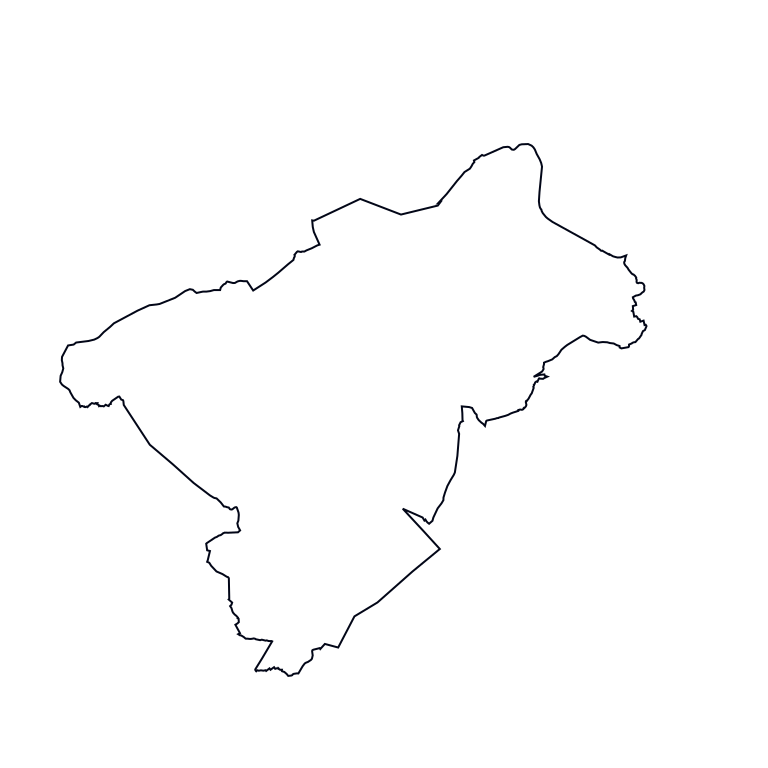 Ecuandureo, Michoacán, Mexico (Albers equal-area conic projection), rotated 148°
{"feature_id": "50627088B9603081712200", "entity_name": "Ecuandureo", "entity_type": "district", "adm_level": 2, "iso_a3": "MEX", "parent_name": "Mexico", "parent_adm1": "Michoacán", "projection": "albers", "projection_center": [-102.25, 20.161], "detail": "fine", "context": "isolated", "style": "outline", "palette": "ink", "viewbox_px": 768, "rotation_deg": 148, "n_neighbors": 0, "source": "geoboundaries", "source_scale": "gbopen_adm2", "svg_char_len": 6166}
<svg xmlns="http://www.w3.org/2000/svg" viewBox="0 0 768 768"><g transform="rotate(148 384 384)"><path d="M631.5,584.1L642.7,577.6L644.6,574.9L645.6,572.1L646.7,570.2L647.7,567.2L650.6,564.5L653.9,562.3L657.5,557.5L657.4,554.2L656.7,552.1L654.4,547.1L654.0,545.3L654.4,543.2L654.7,536.8L654.0,533.5L652.7,529.9L653.7,525.5L652.1,525.6L651.3,525.0L650.3,523.4L650.0,523.5L649.9,523.1L649.1,522.4L648.1,522.4L647.4,522.0L647.4,521.6L645.6,522.1L644.6,522.1L644.4,522.4L641.8,522.6L640.2,520.8L639.4,520.4L638.8,520.7L637.1,519.6L638.0,518.8L637.2,517.6L637.4,516.2L636.5,516.2L636.1,515.4L634.3,514.4L633.5,513.5L631.0,513.9L629.7,511.7L629.2,511.2L627.9,512.1L627.1,512.2L626.2,511.9L626.1,512.3L625.4,513.1L623.4,513.8L616.2,514.1L615.1,513.6L615.1,510.1L613.9,508.5L614.1,507.6L615.8,504.1L614.8,456.6L605.6,427.7L597.9,401.0L590.6,381.7L588.8,378.1L588.2,377.2L586.6,375.7L585.2,370.0L584.7,365.0L583.3,363.9L582.4,362.7L581.1,361.5L581.0,359.5L580.1,358.5L579.1,358.1L576.6,358.4L575.5,358.3L574.5,357.8L574.3,357.2L575.5,352.0L576.5,349.9L579.9,345.3L582.2,343.6L583.4,340.1L583.6,336.1L586.4,335.6L594.9,340.4L597.9,342.4L599.8,342.7L600.4,342.5L602.6,342.4L604.5,343.0L606.8,342.9L608.7,343.3L618.2,343.0L619.4,342.8L622.1,336.7L620.1,334.6L626.8,328.0L628.2,326.9L626.9,325.0L626.9,321.4L625.4,313.8L621.7,308.4L619.5,303.9L618.6,302.8L618.5,301.5L628.9,284.1L629.4,283.7L629.9,283.6L628.6,279.1L630.4,277.6L632.2,277.2L632.1,274.8L633.0,271.6L633.2,270.2L632.8,267.7L632.1,265.7L631.7,263.3L632.2,262.9L631.8,262.5L631.7,262.0L633.3,259.0L635.2,258.6L637.6,258.6L638.2,249.0L640.2,249.1L639.3,247.2L638.4,246.5L637.0,243.7L636.3,241.4L634.9,240.5L632.9,238.9L631.5,238.1L629.2,237.2L628.2,236.1L628.0,235.5L624.8,232.4L623.1,231.9L620.4,229.1L619.3,228.7L618.1,227.2L615.5,225.5L615.2,225.0L633.0,215.8L644.4,210.2L644.7,209.6L644.7,208.5L644.6,208.1L643.2,208.4L642.1,207.2L640.1,206.4L638.2,204.8L636.1,204.0L636.0,203.1L631.8,203.5L631.7,201.8L627.3,202.1L627.2,200.1L625.8,199.8L624.8,199.1L624.3,199.3L624.1,198.6L624.3,198.2L623.6,196.8L622.0,195.8L622.6,195.2L622.7,194.5L621.1,192.6L620.2,189.6L619.9,187.2L617.2,185.9L616.1,185.7L615.3,186.1L614.1,186.0L611.3,184.8L610.0,183.9L602.5,187.8L599.3,189.0L597.8,189.0L595.8,188.6L592.2,188.7L590.7,189.2L588.3,191.6L586.5,195.6L585.7,196.2L584.7,196.1L578.5,194.1L578.5,193.0L571.9,194.9L562.5,184.8L532.2,202.6L505.3,202.2L459.2,209.9L424.1,214.5L428.4,238.1L434.2,268.3L422.0,250.3L422.1,246.8L420.7,247.1L420.7,246.3L420.9,246.2L420.5,243.5L419.8,241.6L415.4,242.3L412.9,244.6L404.4,250.1L398.5,252.3L395.2,254.0L393.7,256.2L389.8,259.6L384.3,263.9L378.5,267.2L372.9,270.0L370.8,271.4L359.9,284.1L346.7,301.9L345.8,305.5L342.4,308.4L342.2,309.2L339.3,311.0L336.7,310.7L336.6,311.7L333.0,317.8L329.9,323.8L324.0,319.3L322.0,317.0L322.3,311.3L321.7,309.1L321.8,308.7L322.7,306.9L322.9,305.9L322.8,303.1L321.9,299.7L321.0,297.5L320.6,294.9L317.0,298.4L316.1,298.5L307.8,295.5L306.6,295.3L304.9,294.5L304.3,294.6L298.0,292.7L294.9,292.0L292.5,291.9L289.8,291.4L285.6,290.3L285.2,290.4L284.4,290.0L283.8,290.8L282.9,290.3L282.2,290.3L280.7,289.0L279.3,288.8L278.6,289.4L278.0,289.6L277.7,289.2L275.6,289.8L274.3,290.8L273.3,293.6L272.5,294.3L272.1,294.3L272.0,293.9L269.1,295.0L265.1,297.3L263.8,297.7L259.1,301.4L258.9,302.5L257.5,303.3L257.3,304.0L256.2,304.2L255.0,305.2L253.3,305.4L252.7,304.6L249.7,306.6L249.1,306.4L248.9,305.9L246.4,304.1L244.8,304.1L241.6,303.7L243.3,305.8L242.9,307.1L247.1,309.2L249.3,309.6L253.3,310.8L243.3,310.8L240.9,312.0L240.3,312.9L240.1,313.9L237.8,316.0L237.0,317.3L234.8,317.0L233.0,316.5L228.3,315.7L225.0,316.3L222.7,316.1L220.3,316.8L215.4,319.0L211.0,319.7L207.9,320.0L193.0,319.9L189.8,319.7L188.6,318.6L187.7,317.1L185.8,312.2L180.4,305.6L176.3,303.7L172.6,301.1L170.7,299.0L167.7,296.6L166.0,293.6L164.1,291.4L164.8,290.1L163.8,288.4L157.1,285.7L156.1,286.3L155.3,287.6L152.3,287.1L151.5,287.3L149.8,286.9L148.6,286.3L144.8,287.5L143.6,287.5L139.6,289.2L139.0,289.9L136.4,291.6L134.2,291.5L130.8,293.9L130.6,294.5L130.7,295.6L131.8,295.9L130.3,300.2L133.6,301.0L132.9,303.4L134.0,304.6L133.8,306.5L134.1,307.8L136.1,308.6L134.3,313.1L135.0,314.6L133.4,314.9L131.7,318.2L128.3,317.3L127.3,319.9L127.8,320.7L127.4,322.1L127.4,324.6L127.0,325.7L123.5,325.5L121.6,324.7L119.0,324.2L116.8,324.7L114.7,324.8L113.3,325.7L112.4,327.7L111.2,329.2L111.0,330.9L111.3,332.3L111.9,333.2L112.8,333.8L113.7,334.5L115.1,334.8L115.9,335.9L115.7,336.8L114.6,338.3L114.3,339.9L113.7,340.6L113.8,342.7L114.4,344.7L115.1,345.4L115.5,346.9L116.0,351.4L115.9,353.4L116.5,356.7L116.5,358.1L116.2,359.3L115.7,360.1L114.5,360.7L112.6,363.0L110.5,364.7L116.1,365.9L118.9,367.5L120.2,368.8L122.1,370.9L124.1,374.7L124.5,374.4L128.0,380.9L128.1,381.3L129.0,381.7L129.3,382.0L129.7,383.6L131.2,387.1L131.7,389.8L155.2,432.1L157.5,437.6L158.2,439.9L158.8,444.8L158.6,447.2L158.1,448.6L158.3,449.4L158.2,451.1L157.5,453.2L155.8,456.9L150.4,464.4L135.5,483.7L134.8,484.6L133.6,488.1L132.9,492.2L132.6,498.2L131.8,502.9L131.9,505.6L132.5,507.9L134.6,511.1L140.2,514.3L142.5,515.0L148.3,513.8L149.5,513.8L150.2,514.1L151.4,515.2L151.9,517.6L152.5,518.8L153.4,519.6L157.4,521.6L177.9,524.5L178.7,525.0L179.5,526.3L182.9,526.0L183.9,525.6L189.3,525.9L189.8,524.3L192.0,523.7L194.6,522.2L197.1,521.1L203.4,521.1L207.6,519.6L214.5,517.5L230.2,511.9L241.7,508.8L239.9,508.3L243.8,506.8L279.8,518.7L306.1,553.6L356.8,559.6L358.2,560.8L361.2,554.9L362.9,550.1L364.8,536.3L367.1,536.9L373.3,537.4L379.0,538.4L381.3,538.5L383.4,539.8L384.4,539.9L386.8,542.2L387.8,542.2L391.4,541.0L391.3,540.7L392.2,539.4L393.6,538.6L395.1,537.2L401.8,536.4L414.7,534.4L421.4,533.6L430.6,532.8L445.4,532.6L445.7,543.8L448.5,545.5L450.8,547.4L451.9,548.0L453.9,548.6L456.9,548.7L458.5,549.6L462.7,554.0L463.6,553.9L465.2,553.1L466.5,553.4L467.8,553.3L471.3,552.3L473.2,550.5L478.5,553.8L482.2,554.9L485.7,556.5L488.8,558.4L494.7,560.5L495.5,562.6L496.2,565.2L498.4,567.3L503.4,568.2L515.4,567.8L531.9,570.8L534.6,571.9L541.2,575.1L554.2,576.8L580.9,578.6L585.9,577.6L594.2,576.5L600.4,574.9L602.6,574.8L606.2,575.2L611.9,577.1L623.1,582.3L626.3,581.9L631.5,584.1Z" fill="none" stroke="#020617" stroke-width="2"/></g></svg>